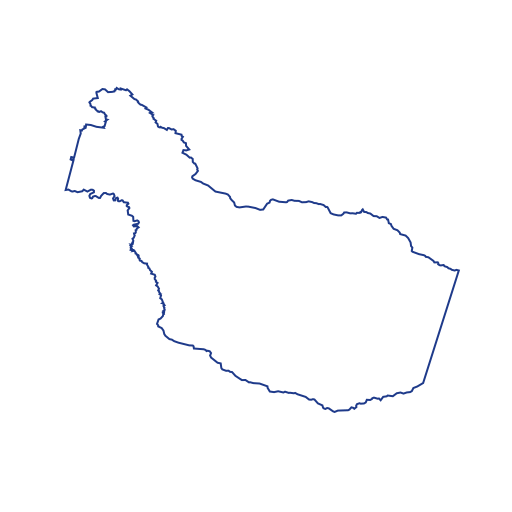 outline of Tierralta, Córdoba, Colombia, rotated 282°
{"feature_id": "7082276B15762794727081", "entity_name": "Tierralta", "entity_type": "district", "adm_level": 2, "iso_a3": "COL", "parent_name": "Colombia", "parent_adm1": "Córdoba", "projection": "natural_earth1", "projection_center": [-76.048, 7.85], "detail": "fine", "context": "isolated", "style": "outline", "palette": "blue", "viewbox_px": 512, "rotation_deg": 282, "n_neighbors": 0, "source": "geoboundaries", "source_scale": "gbopen_adm2", "svg_char_len": 6056}
<svg xmlns="http://www.w3.org/2000/svg" viewBox="0 0 512 512"><g transform="rotate(282 256 256)"><path d="M124.3,378.2L125.2,379.3L127.8,380.8L127.7,382.7L127.0,383.9L129.1,385.6L130.5,385.1L132.1,385.6L133.5,387.9L133.3,389.1L134.2,392.3L135.6,393.8L138.4,394.3L138.9,397.6L140.2,399.1L141.0,399.3L142.0,400.8L141.7,404.7L142.2,405.9L140.8,407.9L144.7,409.7L145.9,413.0L146.9,413.8L147.3,419.0L151.0,422.2L152.5,425.7L152.1,428.9L153.9,431.9L154.9,435.0L156.2,436.5L159.6,437.4L161.9,440.9L166.5,445.9L284.0,457.4L284.1,454.9L283.1,453.4L283.2,450.4L283.9,448.9L284.0,446.8L284.9,445.5L285.2,442.5L286.2,441.4L285.2,438.7L285.2,437.4L285.8,435.9L286.8,435.9L287.6,435.1L286.8,431.8L288.1,430.6L290.6,424.9L290.5,422.2L291.3,421.5L291.7,420.0L291.7,415.1L292.7,408.2L293.3,407.3L296.7,407.2L298.0,405.6L301.4,404.4L305.2,401.1L307.1,398.1L307.4,392.5L308.8,391.7L310.6,389.0L311.2,385.0L313.6,382.3L315.3,381.3L315.7,379.1L319.1,377.6L319.0,376.7L320.6,375.2L320.5,371.6L318.9,368.9L320.0,365.8L319.5,362.7L321.3,359.0L321.3,356.2L321.9,355.0L321.6,352.6L323.8,350.7L323.1,350.2L321.7,350.0L320.6,348.9L320.3,349.3L319.8,348.6L319.2,345.7L318.1,345.0L317.9,341.6L317.3,339.3L317.5,335.6L316.9,333.2L315.5,332.7L313.4,330.9L312.8,328.0L312.8,323.2L313.4,320.1L318.5,315.9L318.8,315.2L318.4,314.1L319.9,311.5L320.2,307.8L319.8,306.7L320.2,304.0L319.9,301.8L320.4,299.7L320.4,296.1L319.1,293.8L318.1,289.8L318.8,286.5L318.0,282.2L318.2,279.3L316.9,276.0L315.3,275.2L314.8,274.3L313.9,267.3L314.9,260.7L314.1,259.1L313.0,258.3L311.0,258.1L309.5,256.0L303.0,253.4L302.0,250.4L302.8,245.5L302.7,238.2L302.3,235.8L300.1,229.8L300.0,226.8L301.0,224.9L303.8,223.5L305.7,220.5L307.1,218.8L308.4,218.3L310.3,215.7L310.7,213.3L310.6,202.9L315.0,194.5L315.9,189.2L317.0,186.8L317.5,181.0L318.5,178.0L319.7,177.1L320.8,177.2L323.6,179.8L327.2,181.5L328.3,180.5L329.6,180.6L333.7,177.4L333.6,176.5L334.9,174.6L337.8,173.9L338.8,171.9L338.4,170.7L340.6,166.9L341.7,162.6L344.5,163.0L344.8,165.9L346.3,168.5L349.2,164.7L351.8,164.0L352.1,161.8L353.6,160.3L354.1,159.0L355.2,158.8L357.4,159.7L357.9,158.4L359.2,157.9L359.4,151.7L361.8,151.5L362.9,149.0L362.2,147.1L363.0,144.4L362.9,143.3L360.8,142.6L362.0,139.2L361.9,137.6L362.5,135.8L361.8,135.4L361.8,134.5L362.3,133.2L364.8,132.1L365.8,130.0L367.5,130.3L368.9,127.2L369.6,127.3L370.9,125.7L371.6,125.5L372.6,126.1L373.9,122.5L374.7,123.3L374.9,124.2L376.7,120.4L377.3,117.3L378.5,117.9L380.1,112.8L380.0,111.6L381.1,109.6L382.1,108.4L382.7,108.5L384.1,106.1L384.2,104.5L386.7,99.8L388.3,101.5L390.9,97.9L392.2,95.2L391.1,94.4L391.7,88.9L390.7,89.2L390.6,88.7L390.6,86.9L391.4,84.8L390.2,84.5L389.8,83.6L388.7,84.0L388.2,83.2L387.5,83.2L386.6,81.1L385.5,77.2L387.6,73.7L387.4,71.1L384.1,68.1L383.6,66.3L383.1,65.8L382.1,66.1L377.6,68.4L376.1,64.0L374.5,63.4L372.0,61.2L371.6,61.1L370.2,62.5L368.6,62.9L368.6,63.4L367.5,64.7L367.7,67.3L367.3,67.3L366.9,68.3L366.2,68.4L364.9,70.5L364.7,71.8L364.4,71.7L364.3,72.7L365.4,74.3L364.6,76.2L364.6,77.6L363.2,78.8L362.1,80.6L361.5,80.7L361.1,79.7L358.4,80.8L358.4,82.2L356.2,80.3L355.9,81.2L351.6,80.9L350.7,79.7L349.8,80.5L349.2,73.1L349.8,67.2L349.3,62.5L347.1,62.7L347.1,61.3L345.6,61.4L345.4,62.0L343.6,59.8L342.5,59.6L342.5,58.0L339.3,59.1L333.7,58.3L314.4,57.6L314.4,54.7L311.9,54.6L311.5,56.3L312.7,57.0L312.3,57.6L281.0,56.1L282.0,58.7L280.9,62.0L280.9,63.1L281.9,65.2L281.3,68.2L283.2,72.6L285.1,73.7L284.0,77.7L286.6,80.8L286.8,82.5L286.2,83.9L284.6,84.2L282.2,81.0L280.2,80.5L278.4,81.5L278.1,83.2L278.5,83.8L280.2,84.2L281.2,86.0L281.3,86.9L280.1,90.2L280.4,91.4L282.6,92.0L285.9,94.0L286.4,96.1L285.7,97.5L285.7,100.3L287.4,103.2L287.0,104.1L285.2,105.2L282.6,104.2L280.8,105.3L281.1,106.6L283.5,107.0L284.3,108.4L283.4,109.2L281.5,109.2L281.0,109.9L281.2,111.3L282.7,113.2L282.6,114.0L281.1,115.5L281.5,119.6L280.6,120.3L278.9,119.0L278.1,119.1L277.6,119.9L277.4,121.7L276.6,122.2L273.9,121.0L270.0,122.4L269.6,126.2L268.8,127.7L264.9,128.8L264.8,130.0L266.1,132.4L265.7,133.7L264.6,134.5L263.1,134.1L261.2,129.9L260.5,129.3L259.5,130.4L260.6,133.6L259.6,135.2L258.1,133.7L256.7,133.7L256.2,132.9L254.3,133.5L253.2,133.2L252.7,132.0L251.0,132.8L251.5,133.2L248.4,132.6L247.2,131.6L245.5,132.8L242.1,132.9L241.7,132.3L242.2,132.0L241.0,131.7L241.0,131.2L240.1,132.2L239.8,131.3L239.0,132.1L238.0,131.7L237.4,132.5L236.7,131.5L236.8,132.4L235.9,132.1L235.8,132.8L236.8,133.4L236.1,133.9L236.4,135.0L236.0,135.3L235.4,134.9L235.8,136.0L234.0,137.8L233.4,137.7L233.1,138.9L232.4,139.2L232.4,140.5L231.5,140.5L231.5,141.0L230.9,140.8L230.6,141.4L229.9,141.2L229.3,142.8L228.1,142.8L227.3,143.6L227.4,145.0L226.3,146.0L225.6,148.2L225.9,151.0L225.0,151.1L222.9,153.0L222.1,153.0L221.7,154.3L220.2,155.3L218.9,157.5L217.0,157.1L216.6,160.9L215.0,161.9L213.6,161.4L212.3,161.8L211.1,163.4L210.0,163.4L209.2,165.3L206.5,164.4L205.8,166.1L203.8,167.9L201.9,167.5L201.6,168.4L200.3,168.9L199.7,169.8L198.7,169.6L198.7,170.4L198.4,170.2L197.7,171.3L194.8,171.1L194.0,172.9L191.1,174.8L190.4,174.2L190.4,175.4L189.5,175.6L189.7,175.9L189.0,176.6L188.8,176.0L187.8,175.9L186.5,177.1L186.1,176.9L184.4,177.9L183.0,176.8L182.8,177.7L181.9,177.8L182.0,177.0L181.1,176.6L180.0,177.9L179.4,177.4L177.9,177.4L174.9,175.6L173.7,173.9L169.0,173.3L167.8,174.8L166.8,175.0L165.9,178.7L163.8,181.0L160.6,182.5L159.1,184.0L156.7,188.6L156.7,191.1L155.7,193.6L155.1,198.1L154.7,209.3L155.3,212.8L154.7,213.7L152.6,214.5L153.9,224.3L153.6,226.3L152.7,227.4L153.3,228.4L153.2,230.5L151.7,232.2L149.1,231.8L147.3,233.2L143.6,240.6L143.6,243.8L139.2,245.4L138.1,246.6L137.5,250.6L138.1,253.0L137.3,254.7L137.5,256.7L134.5,260.8L131.7,267.9L132.5,271.5L130.9,275.5L131.3,276.3L131.1,279.8L132.0,286.0L130.9,294.3L129.4,294.8L126.3,297.7L126.6,302.0L128.3,305.8L128.2,311.2L129.3,312.6L128.9,316.6L129.3,317.6L129.6,321.6L130.2,322.8L129.4,325.3L128.5,333.9L126.6,337.8L126.9,339.9L127.8,341.5L127.8,343.0L124.7,347.2L123.7,352.0L121.5,353.2L121.0,354.2L120.8,355.6L122.1,357.2L122.1,358.9L120.1,363.6L119.8,365.3L121.8,368.2L124.3,378.2Z" fill="none" stroke="#1e3a8a" stroke-width="2"/></g></svg>